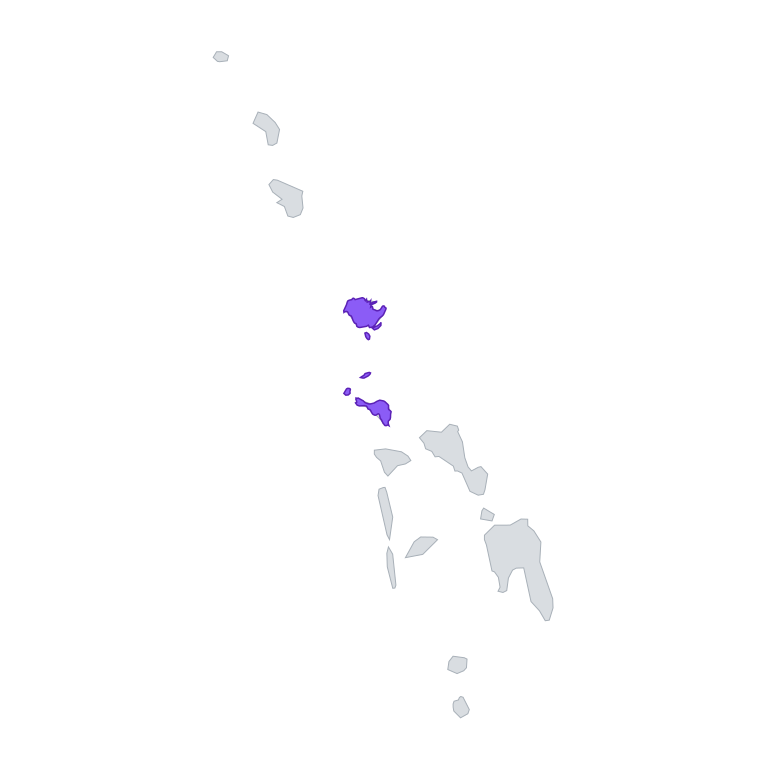 where Shefa sits in Vanuatu, rotated 179°
{"feature_id": "VUT-565", "entity_name": "Shefa", "entity_type": "Province", "adm_level": 1, "iso_a3": "VUT", "parent_name": "Vanuatu", "parent_adm1": "", "projection": "albers", "projection_center": [168.336, -17.198], "detail": "fine", "context": "in_parent", "style": "filled", "palette": "violet", "viewbox_px": 768, "rotation_deg": 179, "n_neighbors": 0, "source": "natural_earth", "source_scale": "10m", "svg_char_len": 4927}
<svg xmlns="http://www.w3.org/2000/svg" viewBox="0 0 768 768"><g transform="rotate(179 384 384)"><path d="M240.8,163.9L247.5,197.7L254.9,197.6L258.7,195.7L263.0,187.8L264.9,175.3L268.7,173.5L273.6,174.8L271.5,178.8L273.0,188.7L276.8,194.2L279.3,195.2L284.4,221.3L286.3,226.7L286.2,231.1L275.9,240.9L260.3,240.7L249.4,246.6L242.7,246.3L242.7,239.7L236.7,234.5L229.9,223.3L231.4,203.4L219.1,166.4L218.9,157.2L222.9,145.0L226.9,144.5L232.5,154.5L240.8,163.9ZM307.6,293.6L312.1,295.8L314.6,295.7L316.1,300.7L330.3,310.6L334.2,310.3L337.4,315.8L343.5,318.5L345.1,324.1L349.5,329.7L342.0,336.6L327.4,334.8L319.0,342.6L311.4,340.6L310.1,336.6L311.2,335.2L306.6,324.8L304.5,308.9L301.4,299.6L298.1,295.6L291.2,299.1L288.5,299.7L281.9,292.1L284.9,276.5L286.5,272.0L291.8,271.2L299.9,275.2L307.6,293.6ZM495.6,585.4L491.1,590.3L487.2,589.7L461.8,578.1L462.9,573.4L461.9,561.4L464.7,554.8L471.8,552.1L477.2,553.6L480.5,563.2L488.0,567.2L482.7,570.5L491.9,577.8L495.6,585.4ZM409.4,441.7L419.1,456.3L423.0,457.5L417.1,468.0L404.8,468.9L390.4,466.2L395.7,462.6L392.9,458.5L388.6,457.7L383.6,459.6L381.3,459.0L384.4,452.2L392.5,442.7L394.9,442.0L397.0,441.9L399.1,442.7L409.4,441.7ZM394.8,318.0L383.5,319.1L367.7,315.9L361.3,311.5L358.5,307.0L364.0,303.7L371.9,302.1L381.7,291.9L385.1,295.8L388.7,307.2L392.7,310.7L394.9,314.1L394.8,318.0ZM510.4,646.9L505.2,658.1L496.4,655.4L488.2,647.3L484.0,640.3L486.9,626.8L491.2,624.5L495.6,625.2L497.8,638.4L510.4,646.9ZM386.5,280.5L384.8,280.6L383.2,275.9L377.6,250.8L381.2,228.3L383.6,233.1L391.9,272.5L390.8,278.9L386.5,280.5ZM409.5,363.4L412.4,364.9L410.8,369.2L397.3,364.3L386.5,366.2L383.5,366.0L380.2,362.1L377.8,354.3L378.9,348.8L383.5,345.0L385.2,344.4L388.6,349.1L391.7,352.3L394.7,353.7L401.6,361.3L409.5,363.4ZM356.6,225.7L350.0,230.4L337.7,230.0L333.2,227.4L348.2,213.0L365.6,210.0L356.6,225.7ZM323.9,105.4L319.7,110.6L308.5,108.9L305.8,107.5L306.5,98.9L309.3,95.9L316.0,93.2L325.2,97.4L323.9,105.4ZM314.1,69.2L312.7,70.2L310.4,69.4L304.4,57.0L305.9,52.9L313.3,48.9L319.9,55.8L320.5,59.6L320.5,62.8L319.5,65.6L315.1,66.8L314.1,69.2ZM384.1,214.7L382.4,221.0L378.3,213.7L375.6,182.7L376.7,179.8L378.8,179.6L383.9,201.1L384.1,214.7ZM549.1,713.5L545.6,719.1L540.4,719.0L533.7,714.9L535.1,709.9L542.7,709.1L544.9,709.5L549.1,713.5ZM288.3,255.5L286.5,258.2L276.0,251.6L278.4,245.2L289.8,247.4L288.3,255.5Z" fill="#d9dde1" stroke="#a8b0b8" stroke-width="1"/><path d="M419.5,457.0L420.5,457.2L421.5,457.0L422.3,456.7L422.8,456.3L423.0,458.0L420.1,464.0L419.3,466.6L418.6,467.8L417.3,468.4L414.8,468.9L414.6,469.1L414.3,469.6L413.8,470.1L413.1,470.3L412.6,470.1L412.0,469.6L411.5,469.1L411.4,468.9L404.5,470.6L403.7,470.6L402.0,469.6L401.7,468.8L401.4,467.8L401.0,467.5L400.0,468.9L399.9,468.0L399.5,467.0L399.4,466.1L398.9,466.3L398.9,466.5L398.7,466.8L397.9,466.5L397.1,466.6L396.5,466.9L396.0,467.5L396.6,464.0L396.0,464.0L395.0,465.3L393.5,466.0L390.0,466.8L390.0,466.1L391.7,464.9L393.8,464.2L395.6,463.2L396.0,461.1L395.2,461.6L394.5,461.7L394.1,461.2L393.8,459.0L393.4,458.7L392.7,458.6L392.0,458.3L390.4,457.4L389.1,457.3L387.9,457.6L386.6,458.3L385.9,459.1L384.6,461.2L384.0,461.9L382.9,462.1L382.2,461.7L381.9,460.7L380.6,459.8L380.9,458.5L383.3,453.4L384.4,452.2L386.9,450.3L388.0,449.2L391.8,443.4L394.4,441.2L397.4,440.7L397.9,441.4L398.2,442.4L398.7,443.1L400.4,442.0L407.2,440.9L408.7,441.2L410.1,442.1L410.3,442.8L410.7,444.6L411.1,445.0L411.9,445.2L412.5,445.6L413.4,447.1L414.2,449.0L414.8,451.0L415.7,452.7L417.5,453.4L418.1,454.4L418.9,456.4L419.5,457.0ZM384.5,367.0L383.3,366.2L380.4,363.4L379.8,362.4L380.0,359.6L379.8,358.5L378.2,357.2L377.4,356.3L377.5,355.4L377.9,354.2L378.1,350.4L378.5,348.7L379.1,348.0L379.7,347.5L380.3,346.8L380.5,345.5L380.4,344.5L380.3,343.8L379.8,342.3L380.7,342.9L381.3,342.9L381.9,342.5L382.8,342.3L383.8,342.5L384.3,343.0L384.5,343.5L384.8,343.8L385.5,344.6L387.3,348.5L388.2,349.4L388.4,350.1L388.7,351.7L389.1,353.4L389.9,354.3L390.7,354.2L392.3,353.2L393.3,352.9L394.1,353.1L394.9,353.5L395.6,353.9L396.0,354.3L397.0,355.9L397.7,357.5L398.6,358.7L400.3,359.2L400.7,359.8L401.1,361.0L402.0,362.2L403.8,362.7L409.0,362.5L411.2,363.3L412.8,365.6L411.6,366.2L411.8,367.6L412.4,369.2L412.2,370.5L411.1,370.0L410.2,370.5L405.0,367.5L403.4,365.8L401.7,365.0L399.8,364.4L398.4,364.2L394.3,365.1L391.4,366.8L388.5,367.9L384.5,367.0ZM420.5,380.3L418.9,380.2L417.9,379.7L417.7,378.9L418.2,377.4L418.1,375.3L419.9,373.7L422.4,373.5L424.3,375.3L421.6,379.7L420.5,380.3ZM404.0,393.0L403.5,393.6L403.1,394.3L402.6,394.8L399.3,395.7L398.3,395.8L397.3,395.3L397.8,394.1L399.0,392.9L399.9,392.2L403.8,390.3L405.1,390.3L407.4,390.9L406.6,391.5L404.0,393.0ZM397.3,432.0L397.8,429.1L398.9,428.6L400.2,429.7L401.4,431.6L402.2,435.2L400.6,435.8L398.5,434.3L397.3,432.0ZM385.9,445.7L386.1,442.6L389.1,439.6L392.7,438.3L394.7,440.1L393.4,440.5L391.2,441.8L389.9,442.1L387.7,443.7L386.6,444.6L385.9,445.7Z" fill="#8b5cf6" stroke="#5b21b6" stroke-width="1.5"/></g></svg>